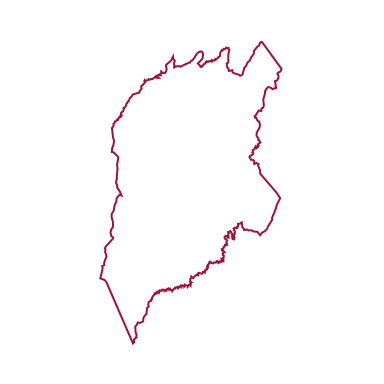 the district of Tano North Municipal, Brong Ahafo, Ghana, rotated 188°
{"feature_id": "2480657B68079094729511", "entity_name": "Tano North Municipal", "entity_type": "district", "adm_level": 2, "iso_a3": "GHA", "parent_name": "Ghana", "parent_adm1": "Brong Ahafo", "projection": "equal_earth", "projection_center": [-2.195, 7.195], "detail": "fine", "context": "isolated", "style": "outline", "palette": "rose", "viewbox_px": 384, "rotation_deg": 188, "n_neighbors": 0, "source": "geoboundaries", "source_scale": "gbopen_adm2", "svg_char_len": 6072}
<svg xmlns="http://www.w3.org/2000/svg" viewBox="0 0 384 384"><g transform="rotate(188 192 192)"><path d="M270.8,93.7L266.4,92.7L264.2,90.8L229.4,33.8L228.4,35.0L228.9,37.9L226.7,40.4L227.1,40.9L226.9,42.1L227.5,44.0L228.3,45.0L229.5,50.9L228.4,52.4L227.5,55.2L225.0,55.2L222.4,57.2L222.6,60.7L220.9,64.1L220.1,64.7L220.4,70.6L218.9,72.9L219.7,74.0L219.6,76.7L218.8,77.9L217.3,78.5L217.6,79.2L217.0,80.0L217.1,80.7L216.7,80.8L216.8,82.0L214.6,86.5L214.1,86.0L213.6,86.8L213.6,86.2L212.4,87.2L211.9,87.0L211.2,89.3L210.5,89.6L210.3,89.0L210.0,90.1L209.4,89.8L208.3,90.4L208.5,91.0L208.0,90.5L207.9,91.2L206.1,91.3L205.5,90.5L205.1,90.8L205.1,90.3L203.8,91.4L203.5,91.1L203.1,92.3L202.6,92.2L202.9,92.5L201.9,93.4L200.8,92.8L200.3,93.2L199.1,91.7L198.1,91.5L198.2,92.1L197.6,92.2L197.5,91.6L196.4,93.7L195.4,94.0L195.6,94.6L195.0,95.2L193.4,95.7L193.4,95.1L192.7,94.7L192.6,95.8L191.8,95.4L191.3,95.8L191.4,96.5L190.8,96.5L190.3,97.6L189.5,96.8L189.6,97.5L189.3,97.8L189.0,97.3L188.5,98.1L187.0,97.8L186.8,98.2L186.6,97.4L186.2,97.9L186.5,98.2L185.8,98.5L185.9,97.8L184.9,98.9L183.0,98.4L182.9,97.7L182.4,98.4L182.4,99.4L181.3,100.2L180.5,99.4L180.6,100.1L180.2,100.7L181.2,102.4L180.5,102.6L181.5,103.0L181.3,104.5L181.7,105.5L180.9,106.7L180.9,108.3L178.8,106.9L176.6,110.2L175.4,110.4L175.1,111.3L174.4,110.8L174.3,112.6L173.9,113.0L171.1,112.4L169.8,113.6L169.9,114.3L169.1,114.2L169.3,114.6L168.2,115.6L168.0,115.2L167.9,116.3L167.5,116.1L166.7,117.8L166.3,117.8L166.3,118.2L166.8,118.1L166.6,118.6L165.8,118.9L165.8,120.1L166.4,120.1L166.3,120.9L166.6,120.9L166.2,122.2L165.5,122.4L165.0,125.1L164.5,125.5L163.9,124.6L163.4,125.0L162.6,124.3L161.3,124.2L160.7,125.2L158.5,125.3L158.0,127.0L157.4,127.1L156.3,125.8L155.8,126.5L155.4,125.7L154.7,126.9L153.5,126.8L153.8,127.6L152.7,127.9L153.3,128.6L152.7,128.3L153.0,129.0L152.5,128.7L152.0,129.8L151.5,129.3L151.8,131.0L152.3,130.9L151.5,131.7L151.8,133.7L152.9,134.0L153.1,134.7L152.5,136.3L151.3,136.9L152.3,137.7L152.6,137.4L153.1,138.2L154.1,138.3L154.6,139.5L153.1,140.4L153.1,141.9L152.0,142.5L152.1,144.1L150.1,144.5L150.6,145.4L150.3,145.8L150.9,146.3L150.6,149.0L153.1,150.6L153.5,152.0L152.4,153.4L151.0,153.1L150.5,151.7L149.3,151.9L150.4,155.7L149.8,156.2L150.7,157.3L148.7,158.6L147.9,158.1L147.0,156.4L146.3,156.3L146.2,153.8L145.3,151.2L144.0,150.9L143.5,153.0L144.7,154.6L143.9,156.4L143.9,158.0L144.5,160.0L145.2,160.2L145.7,161.3L145.0,162.5L142.5,162.3L142.0,163.3L142.5,164.0L141.5,164.9L141.9,166.9L140.2,167.3L138.5,168.8L137.1,164.0L135.5,162.7L135.0,161.5L132.3,162.5L130.5,161.8L128.0,162.4L125.2,161.4L121.8,161.7L118.5,158.7L117.0,161.4L114.4,163.4L112.6,165.9L111.8,168.9L108.8,175.5L109.1,177.6L106.7,187.1L106.3,191.0L103.8,198.2L108.4,203.3L127.0,219.6L127.5,222.7L130.3,227.6L130.0,228.9L132.0,229.7L134.2,228.4L134.6,229.5L134.5,230.8L135.0,231.6L136.1,232.4L137.9,232.0L140.0,234.6L139.6,235.9L138.1,236.6L136.7,238.2L136.9,239.4L137.7,239.8L137.3,240.4L137.7,241.9L136.1,243.0L136.1,244.3L135.6,245.2L135.3,245.0L135.2,246.2L133.6,245.4L133.6,245.0L132.8,245.8L132.5,246.9L133.2,246.9L132.8,247.5L133.5,248.4L131.2,250.6L132.5,252.3L133.5,252.5L133.6,253.9L135.9,256.6L136.2,259.7L134.0,265.5L134.1,268.2L135.4,271.2L136.1,271.1L137.6,272.4L138.7,274.4L140.0,274.4L140.5,276.0L139.7,276.6L137.3,282.0L134.7,281.8L134.8,284.3L133.3,285.5L132.9,287.6L134.3,293.6L133.5,299.4L133.6,302.4L132.8,303.6L132.8,304.4L131.3,306.5L128.7,306.3L126.4,305.0L124.0,306.7L123.4,306.5L123.3,307.7L124.1,308.9L124.2,310.5L125.4,313.3L123.4,314.2L122.3,316.7L122.6,319.3L123.9,321.1L123.1,322.5L121.8,323.1L120.9,324.2L120.5,326.4L143.5,350.2L145.1,349.8L146.2,346.0L147.4,345.1L150.3,340.3L150.0,337.5L152.1,333.7L153.2,330.0L154.7,328.4L155.7,326.1L155.7,325.0L157.6,322.0L158.1,316.4L158.4,315.3L159.7,314.2L160.5,313.8L161.8,314.6L167.5,315.6L168.5,316.3L169.0,318.2L172.3,317.0L172.5,318.3L174.7,320.7L174.7,321.7L175.6,324.1L174.3,325.0L174.1,327.1L174.6,328.1L175.2,334.3L174.8,337.2L175.9,339.8L177.4,339.2L178.2,339.7L178.9,338.2L180.3,338.3L180.8,337.3L181.6,337.2L181.6,336.3L182.3,336.4L183.3,334.3L183.3,330.2L184.8,329.2L184.8,328.5L185.7,327.7L187.1,326.9L187.1,326.4L187.6,326.8L188.5,325.2L189.9,325.2L190.2,324.6L190.5,324.9L190.6,324.0L191.5,324.7L192.9,323.5L194.1,323.8L194.6,323.0L195.6,323.4L195.9,322.6L196.4,322.7L196.8,321.0L198.1,320.3L199.2,317.9L199.6,318.1L200.3,317.1L201.2,317.3L201.2,318.0L204.1,320.0L200.1,325.7L200.2,329.8L200.8,331.3L202.0,332.5L204.4,331.8L206.6,329.4L208.6,324.7L210.4,322.0L211.7,321.2L212.1,319.8L214.1,319.0L220.9,314.5L221.6,314.8L225.5,314.2L226.9,312.9L227.8,317.4L227.3,318.8L227.4,319.8L229.0,321.0L229.6,323.4L231.0,319.2L235.3,314.4L235.3,313.2L234.2,310.1L234.4,308.3L235.3,305.9L237.2,305.8L239.3,307.0L239.0,304.9L240.0,303.4L239.6,303.1L240.9,303.0L241.1,303.6L242.2,302.7L241.9,301.1L240.9,300.4L243.5,300.2L243.9,301.5L246.9,298.3L248.7,298.1L249.4,297.3L250.8,297.6L251.0,296.8L252.8,296.1L253.5,294.8L254.4,295.9L254.6,295.0L254.1,294.3L254.2,293.3L255.9,290.8L256.8,290.3L257.0,289.1L256.3,287.3L257.9,284.6L257.9,283.2L264.1,280.4L265.4,277.7L266.5,276.7L267.3,273.1L267.9,273.0L268.5,271.2L268.9,271.1L269.4,269.7L269.2,268.8L270.2,266.6L271.4,265.7L270.9,265.4L271.5,262.2L272.8,261.3L273.4,259.9L273.3,258.7L272.6,258.6L272.3,257.7L273.6,257.1L273.3,256.2L274.6,256.0L274.8,254.4L275.7,253.9L275.4,253.1L276.7,252.6L277.3,251.3L278.3,251.0L278.3,249.5L279.4,248.4L278.9,247.3L279.0,245.9L280.2,244.3L277.8,235.0L276.3,232.0L276.4,227.2L277.2,224.1L277.0,220.5L275.5,220.4L273.6,219.2L270.5,216.9L269.8,216.0L270.0,208.4L269.0,204.9L268.6,196.2L268.2,194.9L268.6,191.5L268.3,190.0L266.8,187.9L266.8,186.1L263.5,182.4L261.4,178.9L262.8,179.3L263.4,178.9L264.8,177.1L265.8,174.8L265.7,171.6L266.8,168.2L266.9,163.2L268.4,159.2L268.2,156.3L266.2,151.4L265.5,148.0L265.6,145.8L266.7,143.8L267.1,140.7L265.8,137.1L263.9,136.1L263.6,135.1L269.9,125.9L270.4,124.1L269.8,123.4L269.7,120.7L267.7,116.4L269.2,109.8L268.8,107.4L270.7,105.9L269.9,104.2L269.9,102.9L270.8,93.7Z" fill="none" stroke="#9f1239" stroke-width="2"/></g></svg>